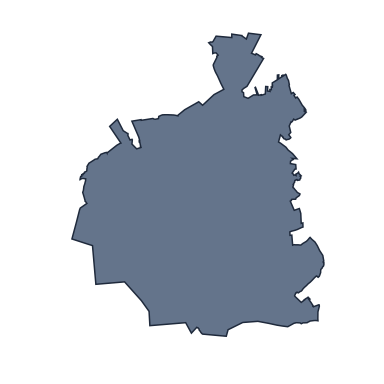 outline of San Diego de la Unión, Guanajuato, Mexico, rotated 260°
{"feature_id": "50627088B13411360723514", "entity_name": "San Diego de la Unión", "entity_type": "district", "adm_level": 2, "iso_a3": "MEX", "parent_name": "Mexico", "parent_adm1": "Guanajuato", "projection": "robinson", "projection_center": [-100.814, 21.457], "detail": "fine", "context": "isolated", "style": "filled", "palette": "slate", "viewbox_px": 384, "rotation_deg": 260, "n_neighbors": 0, "source": "geoboundaries", "source_scale": "gbopen_adm2", "svg_char_len": 5864}
<svg xmlns="http://www.w3.org/2000/svg" viewBox="0 0 384 384"><g transform="rotate(260 192 192)"><path d="M43.3,293.7L45.2,293.9L52.1,295.2L55.4,296.7L57.5,297.6L58.8,297.6L58.9,297.2L57.9,291.7L58.5,291.6L58.4,291.2L58.5,291.1L58.9,291.1L59.5,291.3L60.8,290.7L61.2,290.6L65.9,288.5L66.1,289.5L67.0,289.0L67.1,288.6L66.9,288.2L67.3,288.2L68.1,288.3L68.2,288.2L68.2,287.8L67.6,286.8L67.3,285.8L66.4,283.9L66.2,284.1L64.3,280.4L71.4,275.2L71.9,275.0L74.5,276.6L74.5,277.2L74.8,277.4L74.7,277.7L75.1,278.1L74.6,278.6L74.2,279.2L74.4,279.5L74.5,279.9L75.2,281.0L75.2,281.5L75.5,282.5L76.1,283.3L77.1,284.2L77.9,285.3L78.3,285.7L80.0,288.5L81.4,290.4L82.7,292.8L84.3,295.1L86.2,297.6L87.5,299.6L87.6,300.2L87.4,300.3L86.8,301.0L86.7,300.9L86.1,301.4L86.3,301.8L86.5,301.8L86.7,302.3L87.0,302.8L90.3,304.7L91.0,304.8L93.4,305.4L94.2,306.7L94.7,307.0L94.9,307.2L95.4,307.5L95.6,307.8L95.9,308.0L96.0,308.3L96.3,308.7L97.7,309.3L99.5,309.6L99.5,309.2L100.3,309.0L100.8,309.3L101.0,309.7L101.2,309.8L106.8,309.8L112.2,307.5L117.3,306.1L121.4,304.4L124.6,301.8L126.8,300.4L126.6,300.0L124.4,297.4L123.5,296.0L122.1,292.3L121.6,291.4L121.3,290.7L121.1,290.5L120.9,290.0L121.0,289.0L121.2,288.6L121.5,287.5L122.0,284.7L122.4,283.4L122.2,281.9L132.2,282.8L132.3,281.0L135.7,281.4L136.1,283.0L136.4,286.8L136.8,289.3L138.0,293.8L138.2,295.2L142.3,295.8L142.1,294.1L152.0,295.4L156.5,294.9L157.1,294.8L156.2,289.5L165.9,287.2L166.0,287.6L166.5,288.5L167.0,288.5L167.5,289.1L166.9,292.8L168.2,293.6L168.4,294.2L168.9,295.0L169.4,296.3L169.7,296.8L170.6,297.7L171.4,298.0L173.3,295.6L174.4,295.1L176.5,293.8L178.4,292.8L178.7,292.3L179.4,292.2L180.2,292.7L181.6,293.3L181.8,293.0L182.7,293.6L183.7,294.7L184.2,294.7L184.8,295.1L185.5,295.3L185.5,295.8L185.7,296.3L186.1,296.9L186.0,297.6L185.3,297.7L185.1,298.0L185.3,298.2L185.1,299.1L185.1,300.0L185.4,300.3L185.9,300.1L185.6,300.4L186.0,300.6L186.8,301.5L187.2,301.5L188.0,301.7L188.7,301.3L189.0,302.3L191.9,300.3L192.4,300.5L193.0,300.4L192.5,299.8L191.9,298.6L191.7,297.6L190.1,297.3L190.6,296.7L190.9,296.4L190.8,295.3L191.0,295.3L191.1,295.1L191.7,295.1L193.2,293.9L196.6,297.2L196.6,298.5L201.0,298.9L202.9,293.8L205.2,294.4L206.2,296.4L206.3,296.8L206.3,296.5L206.4,297.3L207.2,297.0L207.4,297.0L207.6,296.8L206.5,301.1L212.3,297.7L216.7,293.9L219.8,292.3L224.7,287.7L226.2,285.9L232.9,289.0L231.3,290.3L231.3,290.5L230.7,290.7L230.6,290.9L230.2,290.9L230.1,291.3L229.9,291.4L229.4,291.3L229.2,291.4L228.6,291.7L228.2,292.2L227.8,293.3L227.0,293.6L226.9,293.7L227.1,294.7L227.2,296.8L227.8,298.0L228.0,298.4L228.5,298.8L231.6,297.2L233.5,299.6L240.1,299.2L243.8,301.7L243.5,302.1L244.0,302.8L244.0,303.0L246.1,304.8L244.9,306.0L245.5,308.4L245.4,308.4L246.1,311.4L246.8,313.1L250.3,317.8L250.7,318.2L250.8,318.4L251.2,318.2L250.9,317.6L252.0,316.7L252.9,318.4L254.2,317.9L253.7,316.9L255.3,317.1L255.5,317.3L258.4,315.6L264.8,313.3L267.3,312.0L266.6,310.4L269.4,309.2L269.5,309.3L270.1,310.4L272.4,309.0L271.6,306.9L279.5,306.1L280.3,306.1L280.6,306.3L280.7,306.5L285.1,306.4L287.4,305.6L290.8,305.1L291.3,304.9L291.6,304.7L290.2,301.5L291.3,301.7L291.0,300.6L289.8,300.4L288.4,297.0L292.3,297.8L292.3,296.4L287.7,295.5L285.5,290.0L282.9,289.5L282.9,289.8L281.3,289.3L281.7,288.3L279.0,287.9L279.4,286.5L277.5,286.3L277.7,285.9L278.3,283.9L282.6,284.9L283.1,282.9L275.8,281.2L275.2,277.0L275.8,277.1L275.7,274.2L277.2,274.1L284.1,272.7L283.9,272.2L277.5,272.9L276.4,272.8L276.9,269.4L274.5,263.5L276.9,259.6L280.9,260.0L282.0,258.7L283.7,258.9L285.0,260.8L286.5,264.5L311.1,285.7L312.4,283.8L313.1,284.4L314.7,281.8L315.3,281.5L317.1,279.2L316.0,278.3L318.3,274.7L334.9,287.2L338.6,275.2L333.2,272.1L337.4,267.9L337.5,268.0L340.6,258.6L337.2,258.0L341.3,242.8L336.5,238.8L336.1,237.8L336.5,236.4L336.1,234.4L334.0,235.7L331.7,237.4L327.6,236.9L324.7,236.5L325.0,238.0L325.0,238.6L324.8,239.9L322.2,241.5L322.1,241.4L321.5,240.0L321.2,239.9L320.7,240.0L320.4,240.0L314.3,235.5L313.5,235.0L313.0,234.9L312.4,234.9L309.6,235.2L306.6,235.8L305.2,236.2L301.9,237.3L293.9,239.3L287.6,241.2L284.1,230.6L275.6,217.5L279.7,214.3L274.3,199.1L270.0,191.4L269.5,191.4L269.7,190.6L270.1,189.9L271.0,187.4L272.3,181.5L272.8,178.8L273.1,176.3L272.9,175.0L272.2,172.4L270.1,171.7L270.0,168.4L270.5,167.1L271.2,166.3L271.4,154.4L272.1,154.4L272.2,145.1L255.3,149.1L251.6,149.4L251.5,148.8L250.4,148.8L250.5,149.2L245.8,149.4L245.8,149.2L244.7,149.5L244.1,145.0L249.6,141.2L253.7,142.3L254.3,142.1L254.0,140.0L259.0,138.6L259.8,139.0L260.7,139.1L260.9,138.6L264.3,134.9L276.6,131.1L270.9,122.3L252.5,130.5L252.3,129.4L251.1,126.1L245.6,115.9L245.4,115.2L245.1,115.1L245.8,114.9L245.8,113.3L245.0,108.8L243.0,106.7L242.6,106.0L241.3,105.1L241.1,104.9L241.1,102.2L240.4,100.7L238.2,95.4L237.0,94.5L236.5,93.9L236.0,93.6L235.6,93.2L235.3,93.0L234.9,93.1L234.3,93.0L233.0,92.5L231.2,92.1L230.8,91.8L230.4,90.5L230.4,90.1L230.1,89.5L229.9,89.3L229.5,89.5L229.3,89.4L229.0,88.9L228.8,87.7L228.2,87.7L227.9,87.5L228.2,86.4L227.6,86.3L227.0,86.0L226.7,85.7L226.6,85.8L226.4,85.2L226.5,85.0L223.9,83.9L223.6,83.9L224.4,85.8L224.1,87.6L223.4,89.6L222.1,89.2L221.5,89.2L220.5,88.6L218.8,87.9L216.3,86.5L212.4,85.3L210.6,84.3L209.7,84.4L208.9,84.5L204.6,85.0L203.9,85.0L202.7,85.2L201.4,85.1L200.9,85.6L199.0,86.5L195.6,79.2L194.2,78.3L181.8,72.7L166.6,65.6L159.0,79.9L156.5,84.7L117.8,81.3L115.2,110.0L93.8,123.3L81.9,129.0L67.7,127.3L64.4,163.1L53.1,166.9L57.9,173.2L57.6,173.5L57.4,173.9L57.3,174.3L57.2,174.4L56.6,174.5L55.8,175.2L55.0,175.1L54.3,175.3L53.7,175.8L51.8,176.5L51.5,176.9L51.0,177.0L50.2,177.8L44.0,200.7L50.1,203.6L54.7,219.3L53.2,234.4L49.3,244.8L46.1,252.6L44.3,257.8L42.7,262.9L45.1,269.9L45.0,270.8L45.2,271.1L45.1,272.4L44.3,275.8L43.3,276.7L43.8,278.4L43.8,279.4L43.6,280.1L43.3,282.7L43.9,284.2L44.0,284.9L44.2,285.1L44.4,286.2L44.2,290.0L43.9,291.9L43.3,293.7Z" fill="#64748b" stroke="#1e293b" stroke-width="1.5"/></g></svg>